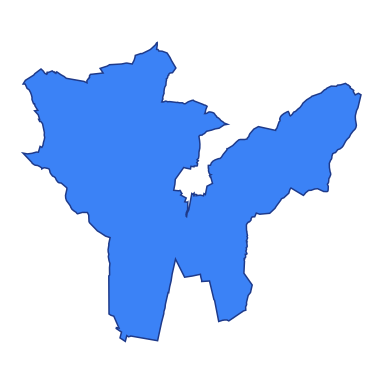 Santiago Miahuatlán, Puebla, Mexico
{"feature_id": "50627088B95551626553051", "entity_name": "Santiago Miahuatlán", "entity_type": "district", "adm_level": 2, "iso_a3": "MEX", "parent_name": "Mexico", "parent_adm1": "Puebla", "projection": "robinson", "projection_center": [-97.421, 18.55], "detail": "fine", "context": "isolated", "style": "filled", "palette": "blue", "viewbox_px": 384, "rotation_deg": 0, "n_neighbors": 0, "source": "geoboundaries", "source_scale": "gbopen_adm2", "svg_char_len": 5900}
<svg xmlns="http://www.w3.org/2000/svg" viewBox="0 0 384 384"><path d="M83.9,81.4L66.3,78.3L64.1,76.5L60.9,74.7L56.8,71.9L55.9,73.3L54.8,72.1L54.5,72.6L52.2,70.9L48.8,72.3L47.1,72.3L46.9,73.1L47.3,73.6L46.7,74.3L44.8,73.3L43.2,71.0L41.0,69.0L34.9,73.6L33.7,75.1L25.4,80.3L23.1,84.0L25.2,84.1L27.1,88.4L29.1,89.8L30.5,92.4L31.4,94.9L32.0,97.2L32.0,99.6L33.6,103.8L34.5,103.7L35.0,105.9L37.8,110.3L34.6,110.8L38.2,114.8L39.6,119.2L38.6,119.3L39.7,121.5L40.6,121.3L42.5,123.6L44.4,132.6L44.2,135.1L44.7,137.4L44.3,139.6L43.5,142.2L42.9,145.5L41.8,147.4L40.1,146.4L38.4,152.2L36.3,152.1L32.0,153.3L27.5,153.9L23.0,153.1L31.7,162.3L32.1,163.0L32.2,163.3L34.5,164.9L35.3,165.2L37.7,165.5L39.7,166.5L41.7,167.9L41.8,168.9L43.3,168.0L44.5,167.7L48.0,168.5L49.2,169.1L49.7,170.6L50.1,172.5L50.7,173.6L52.5,176.0L54.2,176.8L55.3,177.7L56.3,180.0L57.8,182.0L58.8,182.7L61.3,183.1L66.8,187.8L66.9,189.1L65.5,195.4L65.7,198.1L66.5,200.6L70.2,205.7L70.9,207.5L72.0,209.3L73.8,210.8L76.1,212.3L77.0,213.5L77.6,213.8L82.4,212.4L87.4,212.5L88.7,215.1L89.0,221.5L89.5,222.7L97.4,230.9L100.7,232.9L105.5,236.1L110.1,237.6L108.7,244.1L108.9,244.6L108.1,249.6L108.2,252.0L108.8,254.2L108.3,256.6L109.0,260.5L109.9,263.5L109.5,267.6L109.6,275.0L108.8,275.9L109.0,314.0L110.8,315.2L113.8,316.2L119.0,328.1L116.4,327.6L116.2,328.5L121.5,332.1L120.0,337.9L125.3,341.4L126.8,335.6L128.5,336.8L130.3,336.3L130.7,336.0L157.6,340.7L161.6,322.1L163.8,313.7L163.9,311.6L165.0,308.0L165.4,304.3L168.1,292.5L168.7,292.7L169.7,286.7L171.1,280.9L172.1,274.3L175.5,259.1L184.6,277.2L192.4,276.0L200.4,274.3L200.9,277.4L201.7,280.2L201.7,281.5L209.5,281.0L213.9,299.5L214.6,300.4L218.7,321.5L222.5,320.3L224.6,320.0L227.0,320.0L228.8,320.9L243.5,310.9L245.8,310.2L245.6,306.9L246.6,304.7L246.5,302.3L248.2,295.4L250.5,292.5L252.2,285.0L243.9,273.2L244.5,261.3L244.1,259.8L244.6,259.2L244.2,258.4L244.7,258.0L245.3,257.8L245.6,257.2L245.6,255.9L245.3,254.3L246.5,254.2L247.0,253.8L245.8,251.0L246.2,250.4L246.5,249.4L246.3,247.6L246.8,247.3L247.2,246.4L246.9,243.4L246.6,242.7L247.2,241.9L246.4,241.2L246.4,240.6L246.9,240.2L246.9,239.6L247.6,237.9L247.0,236.5L247.5,235.5L247.0,233.7L247.1,233.1L246.7,232.0L246.9,231.3L246.6,230.9L246.5,230.0L246.4,224.8L247.1,223.5L248.4,222.0L248.9,222.1L249.8,221.5L251.1,219.9L251.0,218.7L252.2,216.9L254.7,216.8L256.3,213.1L259.7,214.2L269.7,213.3L275.0,208.3L276.2,206.3L280.7,200.2L281.3,199.0L282.3,198.3L283.8,197.8L288.8,193.2L289.9,189.4L291.0,188.0L303.4,195.4L304.4,194.4L305.6,192.8L308.6,190.4L311.1,190.3L314.7,189.0L317.6,188.7L323.7,191.5L327.0,191.6L327.7,191.3L328.1,190.2L328.3,186.6L328.1,185.8L327.4,184.5L327.6,183.7L328.3,183.0L328.6,182.0L328.9,178.3L329.4,177.9L330.7,174.7L330.6,173.1L330.1,171.8L329.4,167.6L329.3,163.3L330.6,160.2L331.4,159.2L331.8,158.0L331.9,156.3L332.7,153.7L334.7,152.7L335.5,152.6L337.7,149.7L340.1,148.8L342.1,147.2L343.2,145.8L345.6,141.3L346.9,139.5L349.3,137.1L350.6,134.4L352.9,131.3L355.0,129.2L355.9,127.6L356.4,125.2L355.5,119.9L355.3,117.2L355.4,115.3L356.6,110.4L357.9,107.9L361.0,94.8L358.4,93.3L355.2,94.9L353.3,91.7L353.7,90.4L350.0,87.7L350.3,86.8L350.2,86.7L348.1,84.9L347.6,84.9L345.5,83.4L340.5,84.9L337.6,85.1L336.4,86.3L331.2,86.1L326.9,88.2L325.8,89.3L324.4,89.9L321.0,93.1L311.8,96.3L310.9,97.2L306.7,99.8L302.9,103.2L301.9,105.0L300.0,107.5L298.1,108.9L295.4,111.5L294.0,111.9L292.9,113.2L292.3,114.3L290.5,115.9L290.1,115.7L289.7,115.1L289.1,113.1L288.3,111.5L287.4,111.7L283.9,113.6L281.5,115.5L280.5,116.9L279.9,118.4L279.7,119.2L280.1,119.9L280.0,120.9L279.1,121.8L276.8,128.3L275.7,129.5L275.6,130.4L258.4,126.6L253.8,129.1L249.9,133.7L249.1,135.3L248.8,136.5L247.3,138.1L247.0,139.0L244.7,139.5L240.3,139.5L238.9,139.8L236.6,141.7L232.7,145.6L227.6,148.7L227.0,148.7L226.9,149.9L223.2,154.4L221.5,157.1L220.2,158.4L218.3,158.7L215.1,159.9L212.9,161.2L211.3,163.0L210.5,165.2L208.3,165.4L208.3,168.1L208.6,168.2L208.5,170.9L209.1,173.0L209.9,174.3L211.0,174.7L209.5,175.5L210.4,177.3L210.8,177.1L212.5,183.4L207.0,186.2L205.4,194.5L204.0,193.6L203.5,195.8L200.4,195.1L196.3,195.7L196.6,194.6L194.6,194.3L193.7,196.5L194.0,193.2L192.8,194.2L191.8,193.5L188.8,209.8L187.1,213.2L186.6,216.6L186.1,216.1L186.2,215.4L186.0,214.6L186.4,212.4L187.6,209.7L187.8,201.9L187.4,202.2L184.7,201.8L186.2,198.0L180.6,195.0L182.0,193.5L180.8,192.0L180.8,191.4L180.0,190.4L178.8,190.8L173.7,190.3L174.9,184.2L175.3,179.3L183.7,167.5L186.4,168.2L190.5,169.0L190.9,166.3L194.0,166.8L194.2,166.0L196.4,166.0L197.3,165.8L197.6,163.6L196.7,162.6L198.3,160.7L197.0,159.8L198.5,158.2L198.9,155.9L199.0,152.0L199.8,148.2L199.9,144.1L199.6,140.7L198.9,136.3L200.1,135.2L202.1,135.1L203.1,134.2L204.5,133.5L206.6,131.3L211.6,130.1L215.1,128.9L219.1,128.2L224.1,124.9L227.5,124.3L224.1,123.0L223.4,122.2L220.7,120.4L220.1,119.5L218.6,118.1L216.7,117.0L216.6,116.4L215.1,114.8L214.9,114.3L213.8,113.0L211.9,112.3L209.8,111.9L208.5,112.1L207.7,112.8L205.9,113.6L204.7,113.6L205.1,112.9L205.8,109.6L207.1,106.3L205.5,105.3L203.7,104.8L203.1,104.4L194.2,101.0L193.3,100.2L191.9,100.4L188.2,101.8L185.3,103.7L184.7,103.8L183.9,103.7L182.5,102.8L179.6,102.8L177.3,102.3L177.0,102.5L169.7,101.6L167.5,101.8L166.9,101.4L165.6,101.1L163.2,102.0L161.8,101.9L162.3,101.0L162.2,100.3L162.9,99.2L162.9,98.5L162.6,98.1L163.1,95.9L164.1,93.1L163.9,92.2L164.3,88.9L164.8,87.0L165.9,85.2L166.1,81.8L166.5,80.1L166.4,78.8L166.9,78.6L167.5,77.8L168.0,75.6L168.3,75.2L168.8,75.0L168.8,74.2L169.5,73.4L170.2,73.0L172.5,72.7L175.9,68.0L171.5,60.6L170.0,57.5L167.1,53.0L162.2,51.2L158.8,51.0L158.5,50.2L157.9,49.5L156.6,49.4L157.2,45.2L157.2,42.6L156.6,42.9L155.4,44.9L150.5,49.4L149.1,50.2L141.9,53.7L141.0,53.5L135.3,55.4L135.0,57.3L134.1,60.3L132.2,64.0L127.1,63.1L126.0,63.1L121.5,64.0L109.6,64.7L107.2,66.1L100.1,68.4L103.1,73.0L90.4,74.4L89.4,76.0L89.6,77.4L88.8,78.5L88.6,78.3L86.9,80.7L87.0,82.8L83.9,81.4Z" fill="#3b82f6" stroke="#1e3a8a" stroke-width="1.5"/></svg>